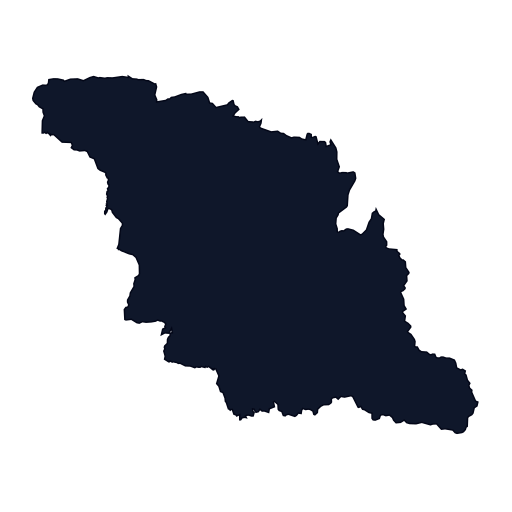 outline of Plaiesii De Jos, Harghita, Romania, rotated 83°
{"feature_id": "2599482B92512396286900", "entity_name": "Plaiesii De Jos", "entity_type": "district", "adm_level": 2, "iso_a3": "ROU", "parent_name": "Romania", "parent_adm1": "Harghita", "projection": "albers", "projection_center": [26.159, 46.235], "detail": "fine", "context": "isolated", "style": "filled", "palette": "ink", "viewbox_px": 512, "rotation_deg": 83, "n_neighbors": 0, "source": "geoboundaries", "source_scale": "gbopen_adm2", "svg_char_len": 6064}
<svg xmlns="http://www.w3.org/2000/svg" viewBox="0 0 512 512"><g transform="rotate(83 256 256)"><path d="M128.4,423.6L128.9,420.7L130.2,418.3L130.4,413.0L131.7,410.7L137.5,408.7L139.8,404.6L149.9,402.2L151.9,400.2L154.4,395.8L155.6,394.8L157.2,395.2L160.4,394.1L160.8,393.1L162.8,393.2L164.6,394.3L166.6,394.1L167.5,393.3L169.6,393.6L171.1,395.2L173.2,394.7L173.8,395.9L176.4,396.7L178.7,395.9L179.5,396.6L181.0,396.3L183.7,397.5L185.8,397.4L186.2,398.1L186.9,397.6L187.6,398.3L188.1,397.5L190.2,399.2L192.1,399.5L193.2,400.7L195.5,401.0L196.2,400.6L194.1,398.7L190.7,397.1L191.5,394.8L192.8,393.5L195.2,393.2L200.8,389.9L202.1,388.0L207.1,384.6L209.3,384.8L212.2,387.1L227.8,390.7L231.4,392.7L231.7,391.9L232.8,391.7L233.0,390.4L234.3,389.0L238.4,381.5L239.6,378.1L242.8,375.2L250.7,372.9L259.4,373.8L261.1,374.9L262.9,378.8L264.8,378.8L268.6,380.6L271.4,380.7L277.3,385.2L280.3,386.0L284.0,388.8L286.1,389.1L289.0,388.2L290.6,389.1L291.2,389.8L291.2,391.4L293.1,393.2L303.0,393.9L303.6,392.9L303.6,387.4L307.7,382.3L308.4,380.0L307.3,376.9L308.3,373.2L308.6,368.0L308.4,363.7L307.6,361.4L308.9,359.0L308.6,358.2L310.6,355.1L312.4,353.8L315.0,355.1L316.2,354.6L317.2,357.5L322.6,359.5L321.2,355.9L322.0,351.9L317.4,348.6L322.0,348.4L322.0,349.8L322.9,350.7L324.6,350.9L326.0,352.8L328.0,354.0L331.9,354.6L334.1,357.5L335.4,358.1L337.1,357.8L339.1,359.1L344.4,358.3L347.3,359.3L350.4,355.5L350.4,354.7L349.6,354.0L351.1,352.1L350.8,351.3L352.2,347.2L353.1,346.3L353.2,344.3L356.4,339.5L357.2,334.6L359.4,330.3L358.7,328.8L359.5,326.1L359.5,324.6L358.9,324.0L360.4,320.2L359.4,319.5L360.4,318.0L359.8,316.5L362.2,314.0L362.7,312.6L363.1,313.2L363.9,312.4L363.7,311.5L362.7,310.9L363.2,309.6L370.5,307.4L377.9,310.6L380.7,308.7L386.2,307.7L387.5,305.4L393.3,304.0L396.5,304.1L397.8,303.3L404.4,302.0L404.8,301.0L405.9,300.4L405.3,299.5L405.4,298.2L410.3,297.2L411.3,295.2L412.4,294.7L411.4,291.5L416.6,292.1L416.7,291.2L414.8,289.4L414.8,286.6L415.3,285.3L413.4,285.9L412.9,284.9L413.0,282.6L414.3,279.8L414.4,278.3L410.9,276.9L410.1,278.1L407.3,278.0L407.6,276.7L411.1,275.1L410.8,272.7L408.6,270.8L410.6,268.9L410.9,266.4L412.8,262.5L409.3,261.4L407.9,256.1L403.0,256.5L402.4,255.4L406.0,252.3L410.9,252.6L412.2,251.8L413.5,249.3L417.6,248.3L418.2,246.5L417.3,245.3L417.0,243.1L419.9,237.0L419.1,235.3L417.0,233.2L417.8,230.4L414.6,229.5L413.0,228.1L414.4,225.5L414.3,222.9L414.9,220.9L416.9,218.4L420.2,217.9L420.8,216.9L418.9,214.2L415.6,213.5L413.0,210.0L411.9,207.1L412.3,202.0L411.1,199.7L410.1,198.9L407.3,198.7L406.1,197.4L405.8,193.9L408.1,191.9L405.7,188.9L406.8,185.3L406.2,178.5L407.5,177.0L418.5,173.1L418.8,172.5L418.0,170.3L421.1,168.9L421.8,167.0L425.1,163.0L426.2,160.0L431.3,160.6L432.9,159.7L433.4,157.7L432.3,153.4L429.7,152.2L428.9,151.1L429.0,149.0L430.3,146.6L430.1,142.9L433.0,140.2L435.7,139.4L438.6,137.3L438.7,132.8L436.9,128.9L439.8,126.7L441.0,123.9L442.0,117.6L441.3,111.7L444.8,103.4L444.3,101.1L444.6,97.2L450.5,93.1L450.5,89.4L452.7,81.9L455.7,79.8L456.5,78.1L456.3,73.2L455.7,71.5L453.8,69.4L451.5,68.4L450.8,67.1L442.3,65.7L441.1,64.5L439.8,61.2L438.4,59.8L433.2,57.9L431.8,55.0L428.0,53.6L426.8,55.8L417.4,58.6L415.5,58.1L413.2,60.1L410.5,60.6L408.4,59.3L405.0,61.3L399.7,62.1L398.4,63.3L395.6,62.3L393.6,64.8L394.1,66.7L391.5,70.5L386.7,70.8L383.5,71.8L381.0,76.3L380.5,79.9L379.1,82.7L378.9,84.6L379.7,86.4L379.1,89.0L378.3,89.8L375.3,90.6L374.9,92.8L375.5,94.4L374.8,95.9L372.2,98.3L371.2,103.5L369.3,105.7L366.0,107.0L365.7,108.9L364.9,109.6L360.3,108.6L358.1,109.0L352.7,111.8L350.4,114.5L349.4,114.8L345.5,111.1L344.4,111.0L341.4,113.3L338.8,116.5L333.7,115.1L330.3,117.3L329.0,117.4L326.9,113.5L323.3,115.1L316.9,114.7L309.9,116.9L308.9,116.5L308.3,114.4L306.6,112.1L305.7,111.9L303.5,113.2L299.1,109.2L293.8,108.9L292.0,106.6L290.9,106.2L285.8,108.8L280.0,108.5L277.9,110.4L277.9,111.4L275.6,113.3L272.9,114.3L272.0,113.2L271.2,113.1L268.6,115.5L266.9,115.4L265.2,123.3L263.8,125.8L261.9,126.1L261.2,125.0L257.8,124.6L252.7,127.2L250.0,127.4L245.0,126.0L239.3,125.8L235.3,124.3L230.0,129.2L224.3,131.1L226.4,131.8L226.3,133.0L227.8,135.3L233.1,136.9L236.2,139.6L243.6,143.2L247.3,147.9L247.8,149.7L242.3,156.3L240.3,161.4L240.3,163.1L241.9,166.1L241.4,167.6L241.7,169.5L242.5,170.6L242.3,172.1L241.7,172.4L238.8,172.1L233.9,173.0L228.0,171.8L225.1,169.5L223.4,169.0L218.4,160.3L217.2,159.3L206.5,157.3L201.9,155.2L193.5,148.8L191.0,147.6L185.6,147.8L184.4,149.3L184.9,155.3L184.3,156.4L183.7,160.4L184.1,162.9L182.3,164.8L177.6,162.5L169.9,164.1L162.6,163.1L158.5,163.6L150.0,167.6L151.8,168.6L154.7,168.0L155.9,173.0L151.8,173.2L150.8,174.2L150.2,178.7L152.4,180.9L145.0,181.9L144.6,182.7L145.3,185.3L145.0,186.7L142.1,186.4L140.9,188.3L140.7,189.6L141.3,190.3L146.7,192.4L146.5,193.4L145.4,196.4L143.6,198.5L142.7,203.8L143.1,206.4L140.1,211.4L137.8,213.7L137.2,216.6L134.8,219.3L134.7,225.8L130.0,235.2L129.1,236.5L128.0,236.8L124.8,234.9L121.7,234.1L122.6,235.2L123.1,237.7L122.3,240.1L123.1,242.6L122.6,242.9L121.7,247.5L116.8,250.5L116.4,254.5L116.9,255.6L115.8,256.3L115.4,258.8L114.2,261.7L111.5,259.5L108.4,255.2L105.7,256.3L104.4,258.5L103.0,259.4L99.1,259.8L98.8,260.5L100.8,264.3L102.5,266.0L103.8,277.6L99.3,280.7L98.5,283.4L92.7,284.5L86.7,288.6L86.3,292.1L87.5,300.5L87.0,305.7L86.2,305.9L86.6,310.3L88.3,317.4L88.3,320.7L89.8,322.7L89.4,324.2L90.6,326.5L91.0,335.9L88.8,335.5L83.8,336.9L76.1,334.1L72.9,334.6L73.1,335.4L69.0,341.3L68.5,343.8L67.2,346.1L66.7,351.3L65.9,352.9L65.1,357.1L62.0,360.8L63.3,360.8L61.6,366.9L61.8,376.7L61.0,382.0L61.2,384.3L59.9,389.3L60.1,390.8L58.1,395.3L58.7,399.1L61.0,405.9L58.5,411.4L57.9,418.7L59.3,424.9L58.0,425.8L56.1,431.2L55.5,435.4L55.7,440.1L59.0,440.9L60.7,442.1L61.0,443.7L60.4,446.9L62.0,452.4L66.4,456.1L72.3,458.4L74.5,458.2L78.1,455.9L79.2,454.3L81.5,452.9L84.0,449.5L87.3,449.8L91.1,448.9L95.7,451.5L107.8,453.3L108.0,452.1L107.5,450.6L108.7,449.4L107.8,448.0L108.7,447.5L109.7,445.5L110.2,446.1L111.3,445.2L110.6,444.7L110.9,441.8L119.3,434.6L120.8,425.5L123.8,424.7L126.0,426.1L128.4,423.6Z" fill="#0f172a" stroke="#020617" stroke-width="1.5"/></g></svg>